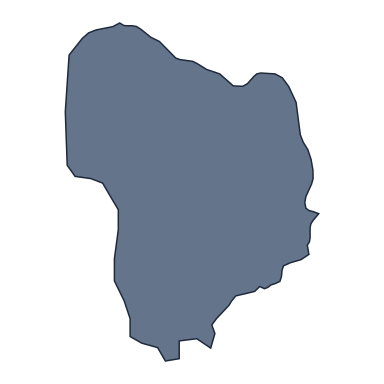 the border of Kiryandongo
{"feature_id": "UGA-5609", "entity_name": "Kiryandongo", "entity_type": "District", "adm_level": 1, "iso_a3": "UGA", "parent_name": "Uganda", "parent_adm1": "", "projection": "robinson", "projection_center": [32.118, 2.003], "detail": "fine", "context": "isolated", "style": "filled", "palette": "slate", "viewbox_px": 384, "rotation_deg": 0, "n_neighbors": 0, "source": "natural_earth", "source_scale": "10m", "svg_char_len": 1163}
<svg xmlns="http://www.w3.org/2000/svg" viewBox="0 0 384 384"><path d="M311.1,159.5L312.9,169.9L313.1,178.6L311.5,184.2L305.9,196.5L304.8,202.6L305.9,208.2L308.9,210.5L313.4,211.7L318.7,213.7L313.0,220.5L310.9,223.8L310.1,227.8L310.1,238.0L309.4,242.0L307.3,245.1L308.9,254.4L301.1,259.6L290.5,262.7L283.5,265.8L282.0,270.4L281.5,276.3L279.9,281.4L275.2,283.6L271.0,284.9L267.8,287.4L264.4,288.7L259.8,286.5L254.7,291.4L235.8,295.9L231.6,301.0L229.0,305.3L216.4,318.7L211.8,325.0L214.9,333.5L210.7,348.1L196.8,338.7L179.2,340.9L179.2,358.7L165.4,361.0L157.6,347.6L141.8,343.2L130.1,336.5L130.1,318.7L124.2,300.9L114.4,280.9L114.4,258.7L118.3,229.8L118.3,209.7L110.4,196.4L102.6,183.1L90.8,178.6L75.1,176.4L67.2,165.3L65.3,111.9L69.1,55.0L82.4,38.3L88.7,32.8L96.3,29.9L112.9,26.6L119.7,23.0L123.8,25.5L127.7,25.8L131.8,25.7L136.4,26.5L140.8,29.2L150.7,37.2L159.4,41.5L175.8,58.1L180.0,59.6L192.5,61.3L196.7,63.3L206.7,69.5L219.7,73.9L233.3,85.9L242.8,86.3L247.4,83.7L253.9,76.4L256.8,73.9L260.7,73.0L275.2,73.9L275.6,74.2L282.3,77.8L288.7,86.5L296.1,102.4L300.3,134.8L303.2,142.2L307.8,149.6L311.1,159.5Z" fill="#64748b" stroke="#1e293b" stroke-width="1.5"/></svg>